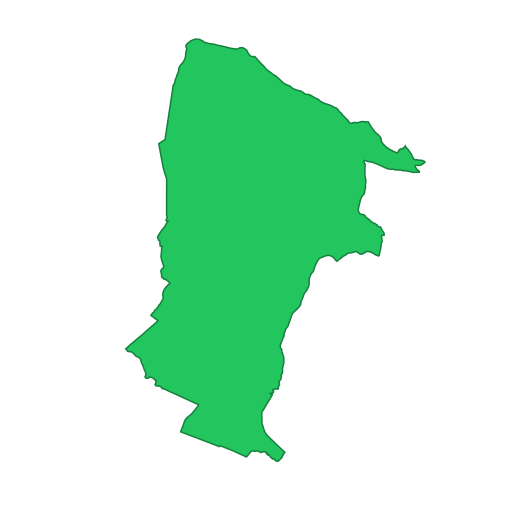 outline of Crucisor, Satu Mare, Romania, rotated 198°
{"feature_id": "2599482B33084136959102", "entity_name": "Crucisor", "entity_type": "district", "adm_level": 2, "iso_a3": "ROU", "parent_name": "Romania", "parent_adm1": "Satu Mare", "projection": "albers", "projection_center": [23.236, 47.656], "detail": "fine", "context": "isolated", "style": "filled", "palette": "green", "viewbox_px": 512, "rotation_deg": 198, "n_neighbors": 0, "source": "geoboundaries", "source_scale": "gbopen_adm2", "svg_char_len": 6087}
<svg xmlns="http://www.w3.org/2000/svg" viewBox="0 0 512 512"><g transform="rotate(198 256 256)"><path d="M371.1,443.4L373.8,444.2L376.9,444.5L380.3,443.7L381.9,442.7L384.7,440.3L385.5,438.7L386.8,437.3L387.7,434.5L387.5,433.8L386.2,432.0L385.8,431.1L385.6,427.6L384.8,424.5L384.6,423.0L384.6,421.7L384.9,419.3L385.2,417.9L386.8,414.2L387.3,412.2L387.4,410.5L386.9,408.2L386.8,405.7L387.1,403.4L387.0,401.3L387.3,398.3L386.8,395.4L387.4,393.7L387.4,392.1L386.9,389.3L378.5,338.6L383.2,332.8L372.2,312.5L369.2,307.8L365.3,302.5L364.4,300.5L353.7,267.3L352.7,266.4L352.6,266.2L352.5,261.9L350.3,261.9L351.1,260.4L351.7,256.5L354.1,249.8L355.5,244.1L355.2,243.1L353.7,241.1L351.5,239.7L351.4,238.2L350.6,237.1L350.2,235.8L348.4,236.2L348.5,235.8L348.3,234.6L347.5,232.1L346.2,226.0L344.4,222.9L341.3,218.7L340.7,218.3L340.8,217.9L340.4,215.9L341.4,214.8L341.8,213.2L341.9,212.3L339.7,208.4L339.4,207.4L339.0,206.5L338.3,206.6L337.6,206.4L337.0,206.0L337.0,205.7L335.3,205.7L333.2,205.4L330.3,204.0L329.4,203.4L331.5,199.8L332.9,195.9L333.2,193.3L333.0,191.7L332.5,189.6L331.1,187.3L332.3,180.9L333.2,179.3L333.5,176.7L334.0,176.1L334.3,175.2L334.9,173.9L335.6,173.0L335.8,172.5L335.7,171.5L335.9,170.8L336.8,169.8L337.6,167.0L329.3,164.2L330.3,162.1L337.3,150.5L339.1,147.2L347.8,133.4L351.2,127.3L349.5,126.5L349.1,126.1L349.1,125.9L348.6,125.6L344.5,126.3L343.6,126.0L339.1,123.6L335.6,123.2L334.2,122.4L333.7,121.9L332.5,119.9L331.6,118.8L329.8,117.0L326.8,113.0L325.4,111.7L325.0,110.7L324.5,110.1L324.2,109.4L324.1,108.2L324.2,106.8L323.3,105.9L321.8,106.0L320.8,106.5L319.6,108.2L317.6,108.3L315.6,107.9L313.9,106.9L312.8,106.9L312.1,105.2L312.3,102.6L311.6,102.2L311.0,101.6L310.7,101.6L310.3,102.0L308.6,102.0L307.8,102.4L306.9,102.4L306.1,102.1L305.2,102.0L304.5,101.5L304.5,101.0L304.2,100.8L302.5,101.2L264.8,96.8L264.7,95.8L264.9,95.1L268.0,87.0L268.7,85.6L271.9,80.5L272.6,78.7L272.9,77.1L272.9,74.2L273.4,65.5L231.8,63.4L231.4,64.5L217.1,63.6L203.0,61.9L200.2,68.8L199.8,69.2L199.4,69.5L196.6,70.0L194.3,71.1L190.7,70.6L188.7,72.1L187.2,72.6L185.9,72.4L185.8,72.1L185.4,71.9L184.6,72.3L184.3,72.1L184.0,71.3L184.3,70.9L182.9,70.3L182.6,70.7L181.7,70.7L180.4,69.3L178.1,68.4L177.6,68.0L177.1,68.6L175.6,68.5L174.8,68.0L174.8,67.7L173.6,67.2L172.7,67.4L172.4,67.7L171.6,67.5L171.0,68.7L170.6,69.2L170.4,69.9L169.7,71.0L169.1,72.4L169.2,72.6L168.9,72.9L169.1,74.2L168.7,75.3L168.0,78.3L172.5,80.3L188.3,88.0L189.9,88.8L192.0,90.3L193.3,91.5L194.6,93.1L198.8,99.0L199.5,101.4L202.1,108.6L202.1,109.4L200.9,114.4L199.9,119.0L198.2,125.8L197.6,129.5L200.0,129.4L200.1,129.6L198.9,130.2L197.5,131.4L197.3,132.5L198.5,133.4L198.7,133.7L198.6,134.3L197.7,134.6L196.4,135.6L195.8,135.6L194.9,136.4L194.1,136.2L193.7,136.6L194.2,138.4L194.3,139.1L193.9,140.9L194.2,141.5L194.8,141.9L195.0,143.1L194.9,144.8L194.2,146.7L194.5,147.5L194.7,149.7L195.2,150.4L195.2,150.8L194.7,152.6L195.0,153.0L194.9,153.5L195.2,155.0L195.7,156.0L196.2,158.1L196.2,159.2L196.4,160.6L196.5,163.0L197.7,166.7L198.7,169.0L200.8,171.1L200.5,171.5L201.7,172.7L202.6,175.0L204.1,176.0L205.0,177.4L205.3,178.3L205.0,186.0L204.6,187.9L204.8,189.4L205.2,190.4L205.1,191.4L205.3,192.4L205.0,193.3L205.3,194.8L205.3,195.2L203.9,199.2L203.7,211.9L202.9,213.9L200.7,217.9L200.1,219.4L199.3,220.7L198.8,222.5L198.7,223.6L198.5,224.2L199.0,225.7L198.9,227.2L199.0,228.2L198.6,230.4L198.6,233.8L198.3,236.0L197.1,239.3L196.6,242.3L196.5,243.8L196.7,245.0L197.3,247.6L198.4,250.7L198.1,255.6L197.9,256.5L196.9,258.7L196.7,259.7L196.8,264.8L195.9,270.5L195.4,272.3L194.4,273.9L189.4,278.0L187.6,278.9L186.1,279.2L183.2,279.1L182.4,278.8L178.7,276.5L177.3,276.0L176.5,277.6L174.3,280.5L173.4,282.2L170.7,285.1L169.8,286.8L168.7,287.4L166.1,288.6L162.5,291.1L161.7,291.2L157.8,290.0L156.9,290.1L155.4,290.8L152.1,294.4L151.3,294.8L149.7,295.1L148.3,295.2L146.8,295.0L142.0,294.0L139.6,293.9L139.2,294.0L139.0,295.1L139.4,297.2L139.6,300.4L140.0,303.5L140.8,306.8L140.5,308.1L140.6,308.8L141.1,310.3L142.7,313.2L142.9,314.0L142.8,314.3L142.5,314.5L140.8,315.1L140.5,315.5L140.7,316.2L141.8,317.8L143.9,319.4L144.5,320.1L145.7,321.1L146.6,322.1L147.2,321.8L149.6,321.9L150.1,322.8L152.9,323.6L154.7,323.7L157.6,324.5L159.8,325.8L161.9,326.2L164.1,327.2L164.8,328.1L165.6,328.4L167.4,328.5L168.6,328.2L170.3,328.3L171.1,328.8L173.0,331.2L173.5,335.1L173.7,338.5L173.9,339.5L174.0,342.8L173.8,344.6L173.5,345.6L172.6,348.0L172.4,348.8L173.0,355.0L174.1,357.9L174.3,360.0L175.0,362.0L175.5,363.1L176.8,365.2L178.7,370.3L179.5,373.1L180.3,376.3L180.7,377.1L182.6,379.1L182.6,380.0L182.4,380.5L178.0,380.5L175.6,381.0L174.5,381.1L169.1,380.9L158.3,379.6L154.4,380.1L152.7,381.0L150.6,380.9L144.2,382.6L142.8,382.4L140.2,383.3L131.4,384.3L130.0,385.1L126.7,386.1L126.7,386.9L128.9,387.9L129.8,388.2L130.8,388.9L132.3,390.2L132.6,390.6L132.6,391.0L132.0,391.5L127.6,393.1L125.1,396.0L124.6,396.8L124.3,397.6L124.9,398.0L126.5,398.1L127.0,398.4L130.5,397.5L132.6,397.3L134.6,396.6L136.6,397.5L139.2,400.3L141.3,402.1L145.2,404.9L146.9,405.5L147.4,406.3L148.0,406.9L148.4,405.5L149.9,403.3L151.8,402.3L152.4,401.6L152.8,400.4L152.8,399.7L153.1,398.4L153.5,397.8L156.1,397.8L160.1,398.4L165.2,399.6L166.9,400.3L170.4,402.2L172.4,404.0L172.9,405.6L173.5,406.5L175.0,407.8L176.5,408.7L181.1,410.7L185.0,413.4L188.8,416.5L190.7,418.3L191.5,417.9L194.3,417.2L197.0,416.6L200.5,414.2L202.9,413.6L204.9,412.8L206.5,411.5L207.2,411.4L208.2,411.7L211.6,414.1L213.1,414.5L215.1,415.8L217.5,417.0L219.3,418.3L221.4,419.0L222.9,420.3L225.6,421.6L227.4,421.5L229.9,422.1L234.1,422.4L238.6,422.3L242.7,423.1L244.9,424.2L249.8,424.8L253.6,425.8L255.9,425.9L258.5,425.2L259.5,425.2L261.8,426.2L264.7,426.7L268.6,426.4L272.4,426.6L276.8,428.3L277.8,428.2L280.2,428.4L282.8,428.8L292.1,433.1L293.6,433.5L293.7,433.2L303.9,436.8L307.5,439.1L310.5,440.5L318.7,445.3L319.1,444.7L320.0,444.9L321.4,444.5L322.1,444.4L323.5,444.7L326.1,446.4L328.2,448.6L329.5,449.3L331.2,449.7L333.1,450.1L336.0,448.8L337.5,447.2L339.4,446.6L344.0,445.8L354.4,445.0L359.7,444.4L361.1,444.5L367.3,443.4L371.1,443.4Z" fill="#22c55e" stroke="#15803d" stroke-width="1.5"/></g></svg>